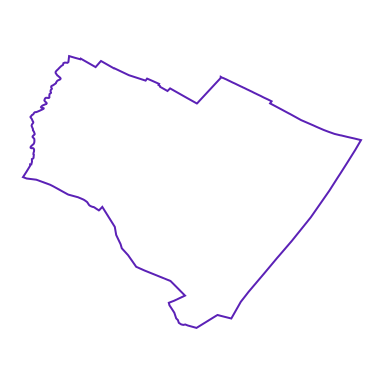 Vadu Pasii, Buzau, Romania
{"feature_id": "2599482B21628128014293", "entity_name": "Vadu Pasii", "entity_type": "district", "adm_level": 2, "iso_a3": "ROU", "parent_name": "Romania", "parent_adm1": "Buzau", "projection": "robinson", "projection_center": [26.877, 45.162], "detail": "fine", "context": "isolated", "style": "outline", "palette": "violet", "viewbox_px": 384, "rotation_deg": 0, "n_neighbors": 0, "source": "geoboundaries", "source_scale": "gbopen_adm2", "svg_char_len": 3938}
<svg xmlns="http://www.w3.org/2000/svg" viewBox="0 0 384 384"><path d="M239.0,305.0L240.8,301.8L241.9,300.4L245.5,295.8L248.6,291.8L249.1,291.2L260.3,278.0L264.8,272.7L277.0,258.1L279.1,255.7L291.9,240.8L310.8,217.3L329.2,190.9L337.5,177.9L340.3,173.6L347.5,162.3L355.4,149.7L356.2,148.3L361.0,140.1L360.6,140.0L359.3,139.7L354.8,138.6L347.3,136.9L341.1,135.4L340.3,135.3L334.5,133.9L328.3,131.7L323.8,130.0L320.1,128.4L316.4,126.8L313.8,125.6L309.2,123.6L301.1,120.1L289.5,113.7L289.4,113.7L284.0,110.8L281.8,109.6L270.1,103.4L271.6,101.3L268.2,99.6L264.1,97.7L262.7,97.0L260.8,96.0L258.9,95.1L257.6,94.5L255.8,93.6L254.7,93.1L253.7,92.6L253.1,92.3L251.8,91.6L251.3,91.4L250.7,91.1L250.1,90.8L249.8,90.7L249.4,90.5L249.0,90.3L248.7,90.1L248.0,89.8L247.7,89.7L246.9,89.3L245.9,88.8L244.3,88.0L242.9,87.4L242.4,87.1L240.8,86.4L240.0,86.0L237.5,84.8L236.5,84.3L234.2,83.2L233.7,83.0L231.8,82.1L231.6,82.0L229.4,80.9L228.9,80.7L227.5,80.0L226.5,79.5L226.1,79.3L225.8,79.2L225.1,78.9L224.1,78.4L222.9,77.9L222.1,77.7L221.7,77.4L221.2,77.1L220.7,76.8L220.6,77.6L220.5,78.2L216.0,83.0L199.1,101.2L197.1,103.4L196.9,103.5L186.7,97.8L170.1,88.4L167.6,90.9L167.5,91.0L160.1,86.8L159.9,85.9L158.5,85.0L159.1,83.9L152.4,80.9L147.1,78.6L145.6,80.6L128.9,75.2L114.4,68.3L114.3,68.2L114.2,68.2L114.0,68.4L101.0,61.0L100.3,61.7L95.6,67.1L80.7,58.6L80.3,59.3L79.7,59.1L75.3,57.9L69.1,56.1L68.4,62.0L67.5,62.8L64.8,62.6L63.4,63.2L63.2,64.1L62.9,65.0L61.5,65.8L59.4,67.8L58.4,68.9L57.7,69.6L56.7,70.5L56.3,71.0L56.1,71.2L56.0,71.4L55.8,71.7L55.6,72.0L55.6,72.8L55.7,73.1L56.1,73.7L56.9,74.8L57.2,75.2L57.5,75.6L58.1,75.9L58.7,76.5L59.3,77.0L59.7,77.4L60.1,77.6L60.3,77.9L60.5,78.3L60.6,78.7L60.5,78.9L60.1,79.4L59.1,79.9L58.3,80.2L57.6,80.6L57.1,81.0L56.5,81.9L56.0,82.7L56.0,83.1L55.5,83.6L54.4,84.3L53.9,84.7L53.4,85.0L52.8,85.4L51.9,85.8L51.3,86.3L51.2,86.8L51.2,87.4L51.5,87.9L51.8,88.4L51.9,88.7L51.7,89.1L51.3,89.5L50.8,90.0L50.6,90.6L50.5,91.3L50.7,91.9L51.0,92.4L51.0,92.7L50.9,93.0L50.1,93.6L49.6,94.0L49.4,95.0L49.3,96.1L49.4,97.4L49.0,97.9L48.1,98.0L47.0,97.8L46.0,97.8L45.2,98.3L44.8,99.0L44.5,99.9L44.4,100.6L45.0,101.4L46.2,102.5L46.7,103.2L46.3,104.0L44.8,104.5L42.4,105.6L41.3,106.6L41.0,107.1L41.3,107.6L42.2,107.9L43.4,108.1L43.7,108.3L43.6,108.7L43.0,109.1L42.0,109.6L39.7,110.7L37.6,111.6L36.3,112.1L35.2,112.1L34.5,112.5L33.7,113.4L33.6,113.8L33.3,114.2L32.8,114.6L32.4,114.9L32.0,115.0L31.7,115.4L31.1,116.2L30.6,116.6L30.5,117.0L30.6,117.4L31.0,117.9L31.4,118.4L31.7,118.8L32.4,120.4L32.5,120.7L32.6,121.0L32.9,121.3L33.2,121.9L33.3,122.2L33.2,122.8L32.8,123.4L32.0,124.4L31.8,125.0L31.6,125.5L31.6,125.9L32.4,127.8L33.0,129.2L32.9,129.5L32.9,130.1L33.0,130.5L33.5,131.0L34.0,131.9L34.3,132.8L34.6,133.6L34.7,134.0L34.6,134.4L34.3,134.7L33.6,135.3L32.9,136.0L32.6,136.4L32.6,136.6L32.6,137.0L33.1,137.6L34.2,138.7L34.4,140.0L34.4,141.3L34.2,142.7L33.6,144.0L32.0,145.4L31.0,146.4L30.6,147.1L30.6,147.7L30.9,148.0L31.6,148.2L32.9,148.1L33.7,148.6L34.1,149.9L34.0,151.4L33.5,153.0L33.4,154.2L33.8,154.5L33.8,155.1L33.6,156.8L33.6,157.3L33.5,157.9L33.2,158.4L32.4,158.9L31.9,159.1L31.9,160.1L32.0,161.7L31.3,164.4L30.6,164.3L30.1,164.3L30.1,165.8L28.7,168.1L26.8,171.2L24.7,174.5L23.0,177.1L26.6,178.5L36.3,179.7L50.0,184.7L52.6,186.0L64.6,192.6L67.5,194.2L68.3,194.6L78.2,197.3L79.5,197.9L80.8,198.4L83.3,199.5L84.4,200.1L86.1,201.3L86.9,201.9L87.3,202.3L88.6,204.3L88.9,204.8L89.5,205.4L90.4,206.0L91.1,206.3L92.6,206.9L93.5,207.0L94.5,207.5L95.8,208.4L97.3,209.4L98.2,209.9L98.9,210.4L99.3,210.1L99.6,209.8L99.9,209.5L100.1,209.2L100.6,208.7L101.5,207.8L102.3,206.9L114.8,226.9L116.2,235.0L120.6,244.2L121.8,248.3L128.1,255.2L136.2,266.8L144.5,270.5L170.5,281.0L175.2,285.7L185.0,295.6L174.2,300.7L168.8,302.8L169.5,305.4L171.0,307.6L174.3,312.7L176.2,318.4L177.9,320.1L178.8,322.8L181.2,324.4L183.3,324.9L185.3,324.5L187.8,325.5L196.5,327.9L217.4,315.0L231.3,318.5L239.0,305.0Z" fill="none" stroke="#5b21b6" stroke-width="2"/></svg>